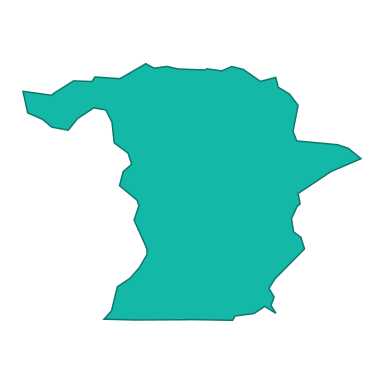 the district of Richmond, North Carolina, United States of America
{"feature_id": "52423323B95417665649533", "entity_name": "Richmond", "entity_type": "district", "adm_level": 2, "iso_a3": "USA", "parent_name": "United States of America", "parent_adm1": "North Carolina", "projection": "natural_earth1", "projection_center": [-79.777, 34.994], "detail": "fine", "context": "isolated", "style": "filled", "palette": "teal", "viewbox_px": 384, "rotation_deg": 0, "n_neighbors": 0, "source": "geoboundaries", "source_scale": "gbopen_adm2", "svg_char_len": 1041}
<svg xmlns="http://www.w3.org/2000/svg" viewBox="0 0 384 384"><path d="M23.0,91.3L27.7,112.9L42.6,119.4L51.8,127.2L68.2,130.2L77.6,118.5L93.8,107.9L106.0,110.0L112.0,122.4L114.2,142.9L128.1,153.2L131.6,164.3L123.1,171.7L119.5,185.7L137.1,200.2L138.9,205.7L134.1,220.1L146.7,248.2L147.2,254.2L139.3,267.8L129.9,278.4L117.4,286.7L111.5,310.9L104.0,319.2L123.7,319.7L135.1,320.0L188.4,319.7L188.8,319.6L204.1,319.8L204.6,319.8L232.6,320.3L235.1,316.0L254.0,313.5L264.7,306.4L275.9,313.3L271.0,305.5L274.1,297.1L269.0,288.3L274.8,279.0L304.5,248.9L300.9,237.3L293.6,231.9L291.5,218.7L297.4,205.8L298.6,205.4L299.1,205.0L299.4,204.5L300.1,204.0L298.1,193.5L331.0,171.5L361.0,158.7L348.3,148.3L337.6,144.7L296.7,140.9L293.0,131.3L298.1,105.3L289.5,94.1L278.3,87.3L275.7,77.4L260.4,81.4L243.2,69.4L231.8,66.5L221.7,70.9L206.8,68.8L205.7,69.6L205.0,70.0L178.3,69.0L166.9,66.4L154.1,68.2L145.8,63.7L119.9,78.7L94.9,77.0L92.0,81.5L73.5,80.9L54.0,93.2L53.9,93.3L53.5,93.6L51.5,95.3L23.0,91.3Z" fill="#14b8a6" stroke="#0f766e" stroke-width="1.5"/></svg>